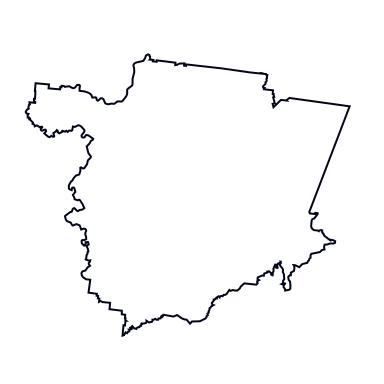 outline of Wingecarribee, New South Wales, Australia, rotated 357°
{"feature_id": "25037944B71438306812596", "entity_name": "Wingecarribee", "entity_type": "district", "adm_level": 2, "iso_a3": "AUS", "parent_name": "Australia", "parent_adm1": "New South Wales", "projection": "mercator", "projection_center": [150.329, -34.491], "detail": "fine", "context": "isolated", "style": "outline", "palette": "ink", "viewbox_px": 384, "rotation_deg": 357, "n_neighbors": 0, "source": "geoboundaries", "source_scale": "gbopen_adm2", "svg_char_len": 5851}
<svg xmlns="http://www.w3.org/2000/svg" viewBox="0 0 384 384"><g transform="rotate(357 192 192)"><path d="M183.2,323.4L185.2,321.3L193.1,321.5L198.9,319.0L199.9,317.8L200.0,316.8L201.4,315.8L201.0,314.4L202.4,313.4L202.3,312.0L202.9,311.6L203.5,308.9L204.5,308.4L205.1,307.3L207.5,306.1L206.4,305.7L206.0,303.8L208.3,301.3L208.1,300.5L209.5,300.3L209.9,299.6L211.2,299.6L211.0,298.7L213.0,297.6L214.0,298.7L214.3,297.7L215.9,297.3L217.1,297.7L218.2,296.4L219.9,296.4L221.0,295.8L224.2,291.8L225.1,292.7L228.0,292.0L229.2,292.6L232.1,292.8L234.6,290.9L235.8,288.9L239.4,286.0L251.4,287.9L252.8,286.5L252.3,285.4L252.4,284.5L254.4,283.5L252.8,282.2L253.2,280.7L257.9,279.0L259.3,279.4L259.9,277.2L263.2,276.3L263.0,275.4L265.0,275.3L266.5,276.9L266.9,278.8L268.1,279.4L268.5,278.4L268.0,277.4L269.3,275.4L269.3,272.8L271.3,268.8L272.2,269.0L272.1,272.0L274.2,272.4L273.4,271.9L273.3,269.6L274.2,267.9L276.7,267.1L276.6,266.1L277.0,266.2L277.0,267.6L275.8,268.8L276.6,270.8L278.4,273.1L278.8,274.6L278.5,276.6L279.4,278.7L279.6,283.0L279.5,284.0L278.4,285.2L278.0,288.0L276.7,288.6L277.7,289.0L280.7,287.8L278.6,290.2L278.5,291.7L279.9,294.0L279.9,295.3L284.0,294.7L285.1,293.7L285.4,290.3L285.2,286.6L283.9,284.7L283.7,281.7L285.2,280.3L286.4,280.3L286.5,277.7L289.7,276.1L290.3,273.3L290.2,271.2L289.7,270.3L291.1,270.5L295.2,272.7L298.3,269.8L303.5,268.7L304.1,267.2L305.2,266.5L305.6,265.0L306.9,263.9L307.1,261.3L307.9,260.0L316.5,258.7L318.8,256.7L321.3,256.3L321.0,253.6L321.7,251.5L324.4,251.5L327.2,250.6L330.3,250.9L332.1,250.3L332.4,248.6L330.2,247.4L327.8,246.9L327.7,247.5L327.2,247.2L321.8,242.6L321.4,241.1L320.3,240.0L320.4,239.5L319.7,238.5L320.1,237.2L319.2,236.7L316.9,237.2L316.6,237.7L316.1,237.2L311.7,236.4L310.4,235.3L309.4,233.8L309.2,232.1L310.0,226.7L310.9,225.3L312.4,225.0L313.2,224.3L316.3,220.6L316.4,219.8L314.0,219.3L313.8,220.5L308.5,219.5L308.1,218.1L353.9,114.7L294.2,103.2L291.0,105.4L291.2,105.6L285.7,104.7L277.8,111.6L277.1,108.2L279.3,107.7L278.0,101.7L279.1,101.5L278.5,99.1L278.7,98.6L277.7,98.4L278.2,94.7L269.4,93.2L270.0,92.0L268.8,91.8L268.4,90.9L268.5,90.2L271.1,87.8L271.1,86.3L272.1,85.6L272.4,84.4L272.2,83.1L272.9,82.2L272.8,81.0L273.4,79.2L272.2,78.8L272.1,78.1L268.3,77.5L268.4,77.1L266.9,76.8L266.9,77.3L256.1,75.6L228.1,70.1L193.0,64.3L192.7,65.7L190.7,65.4L191.1,63.2L186.3,63.1L183.6,64.2L181.9,64.4L182.3,62.0L163.7,58.7L163.5,60.1L159.8,59.5L160.3,58.1L156.9,57.6L157.5,57.1L157.1,56.2L157.2,54.5L156.7,54.1L156.7,53.0L155.3,52.2L153.1,53.4L152.2,55.8L150.3,58.5L142.5,59.9L140.7,61.1L140.1,62.6L140.7,65.8L140.6,69.4L138.6,75.8L138.2,81.5L137.7,82.6L133.3,85.6L132.6,86.6L132.4,90.6L131.3,93.0L127.3,97.6L126.6,98.0L122.6,97.6L118.8,99.9L116.0,99.5L113.2,100.0L111.4,99.6L110.0,98.9L108.4,94.7L107.1,93.7L105.8,93.6L103.4,95.6L102.4,95.8L101.8,95.2L101.3,92.8L100.6,92.4L97.4,92.5L96.7,90.0L95.6,88.7L93.5,87.3L90.2,86.0L85.1,85.1L85.1,82.6L85.7,80.1L84.9,79.1L82.9,79.1L80.8,81.4L79.6,82.1L78.2,82.0L74.9,80.0L70.4,80.3L69.6,79.4L67.3,79.1L67.1,80.6L65.9,80.4L65.6,82.6L54.2,81.0L54.8,77.1L41.5,75.2L40.4,82.9L40.9,83.0L40.5,87.5L40.0,90.8L39.1,90.7L38.9,92.6L40.2,94.0L40.1,94.8L34.4,93.9L34.7,96.0L34.0,96.0L33.5,97.1L33.0,99.3L33.3,100.2L31.3,101.3L30.1,103.4L30.9,105.0L32.8,105.4L31.8,107.3L31.8,109.0L33.0,109.0L33.2,110.7L34.2,110.4L34.2,111.5L36.8,114.3L36.3,115.6L38.0,116.4L38.4,118.2L40.6,117.4L43.2,119.2L45.6,119.0L45.8,119.7L44.2,121.0L44.4,122.3L45.4,123.0L48.0,122.0L49.1,122.2L49.5,123.6L47.5,125.7L51.5,129.4L52.8,129.8L54.5,128.5L56.0,129.5L57.2,129.4L57.3,128.4L56.6,126.0L59.1,124.5L60.2,123.1L61.3,124.2L61.1,125.4L62.5,126.5L65.7,125.1L65.6,124.3L66.0,124.1L68.4,125.1L69.6,124.3L71.0,125.5L72.6,124.2L75.0,124.5L75.6,124.1L76.5,120.4L78.4,120.9L81.8,119.4L83.0,119.6L84.8,120.8L87.8,124.5L87.6,126.3L84.7,129.5L84.7,131.0L85.2,131.5L86.2,132.0L87.6,131.7L88.9,129.8L89.7,129.5L91.6,130.1L96.1,133.7L95.6,134.7L93.7,135.7L92.3,138.1L89.2,141.0L90.6,147.9L92.9,151.2L92.6,152.3L89.6,155.1L88.7,158.6L85.7,162.6L84.2,162.7L82.5,161.6L81.7,162.0L81.7,164.9L80.3,168.6L77.0,169.5L74.2,172.4L73.2,174.3L71.7,175.2L69.4,179.0L69.2,181.9L69.9,182.9L71.9,183.9L72.6,181.5L73.6,181.3L74.4,181.5L74.9,182.6L75.5,185.8L72.9,188.7L74.2,191.5L74.4,193.1L77.5,194.3L78.8,193.8L79.5,194.1L81.9,198.1L83.6,202.5L81.7,203.8L78.9,204.1L77.1,205.1L76.1,204.7L73.8,202.0L72.8,202.1L72.0,202.8L70.8,205.5L69.4,205.7L64.2,209.1L63.9,209.9L64.6,213.0L65.6,214.5L69.3,216.2L70.6,218.9L71.4,219.3L74.5,218.1L75.5,218.2L78.1,219.5L79.4,223.7L82.1,222.9L83.6,223.4L84.1,224.2L84.3,225.3L83.3,227.3L83.2,228.4L83.9,231.3L83.9,233.5L82.3,234.3L80.1,234.3L79.4,234.6L79.1,235.6L79.4,237.7L81.4,239.9L83.2,238.0L83.1,236.6L85.5,236.5L85.7,236.9L86.0,239.1L83.7,240.4L84.9,242.9L85.4,245.9L84.5,246.6L84.5,248.1L83.4,249.6L83.0,252.4L82.3,253.8L85.4,255.1L86.8,254.9L86.4,256.3L85.2,257.4L85.2,258.6L86.3,260.4L84.0,261.6L81.5,264.8L78.4,265.6L77.3,267.3L77.7,269.6L78.8,271.5L81.6,273.6L85.8,274.3L83.4,287.1L91.7,288.7L91.3,290.6L92.8,290.9L92.4,293.3L93.9,293.6L93.4,296.8L94.9,296.0L96.8,297.2L104.4,298.4L103.5,304.7L115.7,306.9L115.5,310.5L118.9,311.1L118.4,314.7L119.0,314.8L118.7,316.7L119.4,317.2L118.8,317.2L118.1,321.8L116.6,321.5L115.1,331.8L116.7,331.4L118.3,328.7L119.8,329.6L120.9,328.1L122.0,327.9L122.5,326.5L122.0,326.0L124.1,325.8L123.4,324.5L124.8,324.5L124.4,323.6L125.4,322.8L126.9,325.0L129.2,325.8L129.4,325.1L131.1,324.2L132.4,324.2L133.1,323.1L134.0,323.0L133.9,322.3L135.0,321.5L134.4,319.8L134.8,320.6L135.8,320.9L139.0,320.5L139.8,319.3L139.8,318.2L142.1,320.0L145.0,319.6L145.6,319.1L145.8,317.4L146.8,317.6L148.8,316.7L149.8,317.7L151.4,317.8L151.9,316.6L153.9,316.6L154.4,315.3L155.8,315.4L156.4,314.5L155.8,313.9L157.0,313.6L156.2,312.9L167.0,315.4L170.7,314.1L175.2,317.6L177.9,318.9L179.9,319.2L183.2,323.4Z" fill="none" stroke="#020617" stroke-width="2"/></g></svg>